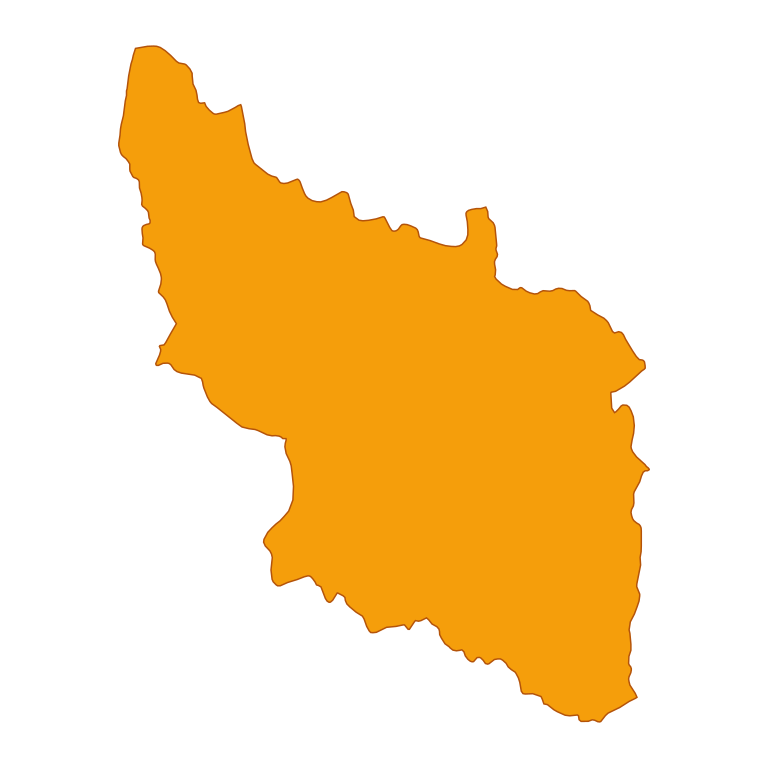 the district of Khanh Son, Khánh Hòa, Vietnam
{"feature_id": "81297802B29051358194838", "entity_name": "Khanh Son", "entity_type": "district", "adm_level": 2, "iso_a3": "VNM", "parent_name": "Vietnam", "parent_adm1": "Khánh Hòa", "projection": "natural_earth1", "projection_center": [108.898, 12.037], "detail": "fine", "context": "isolated", "style": "filled", "palette": "amber", "viewbox_px": 768, "rotation_deg": 0, "n_neighbors": 0, "source": "geoboundaries", "source_scale": "gbopen_adm2", "svg_char_len": 6107}
<svg xmlns="http://www.w3.org/2000/svg" viewBox="0 0 768 768"><path d="M637.0,697.3L635.2,693.3L629.9,685.1L629.0,681.6L628.6,679.0L629.0,676.8L630.8,672.7L631.3,670.1L631.3,668.6L630.6,666.7L629.2,665.0L628.6,663.4L628.9,656.4L630.9,650.3L630.9,644.3L629.9,633.4L629.1,629.9L630.3,621.9L634.4,614.0L637.2,606.5L639.0,601.1L639.7,596.0L639.7,594.1L636.7,586.7L636.8,584.0L640.6,565.0L640.1,557.5L641.1,551.7L641.3,545.9L641.3,531.1L641.1,528.0L640.4,526.1L639.2,524.5L636.5,522.9L633.8,520.6L632.6,518.7L631.6,515.6L631.0,512.4L631.5,509.6L633.4,505.9L633.9,502.9L633.6,494.1L634.2,491.8L639.7,481.8L641.5,475.9L643.2,472.2L645.1,470.8L647.6,470.7L649.2,469.7L649.2,469.2L648.2,467.9L646.4,466.5L645.0,464.6L636.5,456.9L632.6,451.7L631.3,448.5L631.0,446.6L632.1,440.0L633.6,433.3L634.3,425.6L633.3,416.8L631.1,410.9L629.1,407.1L626.8,405.3L622.9,405.0L621.2,405.9L618.5,409.2L615.8,411.9L614.5,412.6L611.7,408.1L610.8,393.0L611.2,392.2L615.6,391.3L624.5,386.1L629.6,382.1L641.7,371.0L644.4,369.1L645.2,368.1L645.1,365.6L644.5,362.0L643.5,360.6L642.2,360.0L639.3,359.6L636.3,356.5L632.7,351.1L627.5,342.5L625.6,339.3L623.4,334.7L621.5,332.5L618.7,331.7L614.5,333.0L612.5,331.5L608.3,322.8L606.8,320.9L603.9,318.2L597.5,314.8L590.7,310.4L589.9,305.7L588.9,303.2L587.7,301.3L581.1,296.5L575.8,291.3L574.7,290.6L569.5,290.7L566.4,290.3L562.0,288.5L558.6,288.3L555.8,289.0L552.8,290.6L549.8,291.2L543.1,290.7L540.3,291.9L537.7,293.6L534.5,294.0L529.8,292.8L526.3,291.2L521.8,287.8L520.7,287.6L519.7,287.9L517.7,289.5L512.4,289.4L505.3,286.3L501.5,284.1L496.1,279.1L494.6,276.5L495.2,274.9L495.6,269.8L494.6,264.3L494.5,261.6L495.4,259.2L497.1,256.6L497.5,254.3L496.0,250.0L496.0,248.3L496.7,245.9L496.6,244.0L495.0,227.4L494.5,225.4L493.2,222.8L488.8,218.7L488.1,217.1L487.7,211.5L485.8,207.1L480.8,208.6L476.5,208.6L471.8,209.4L468.5,210.4L466.8,211.7L466.0,213.2L466.1,215.4L467.3,221.6L467.9,229.8L467.8,234.9L466.2,239.9L462.0,244.5L459.4,245.9L455.7,246.6L451.2,246.4L445.5,245.7L439.2,243.9L430.2,240.6L420.4,237.9L419.6,237.2L419.0,235.9L418.2,231.9L417.3,229.7L415.7,228.1L410.8,225.9L407.1,224.6L404.0,224.3L402.1,224.6L400.7,225.9L398.4,229.2L396.5,230.6L395.0,231.1L393.3,231.1L391.9,230.6L389.7,227.4L385.0,218.1L384.1,216.9L382.8,216.8L376.1,218.9L368.6,220.3L362.9,220.8L359.0,220.2L354.2,216.6L353.3,210.1L350.8,203.5L348.2,194.1L346.8,192.7L344.1,191.8L341.9,191.7L331.7,197.5L326.4,200.2L320.7,201.9L316.6,201.7L312.1,200.6L308.0,198.2L305.9,196.0L304.5,193.5L302.3,188.1L300.1,181.9L299.1,180.3L297.7,179.2L296.6,179.4L287.6,183.0L283.9,183.5L281.0,183.0L279.7,182.1L276.9,177.9L276.0,177.2L271.8,176.1L267.7,174.1L255.4,164.3L253.9,162.8L252.0,158.6L248.2,144.5L245.6,131.7L244.7,123.6L241.4,106.5L240.7,104.7L238.2,105.6L235.3,107.4L228.0,111.3L224.2,112.4L216.1,114.2L214.3,114.0L212.9,113.2L209.4,110.2L206.1,106.4L204.6,102.8L200.6,103.3L198.6,102.5L197.5,99.3L197.0,95.1L196.0,90.3L193.0,84.0L192.2,76.0L192.1,73.2L189.9,69.0L186.3,65.0L184.8,64.1L178.9,63.0L176.5,61.4L170.8,55.6L165.2,50.7L160.3,47.5L156.7,46.3L153.5,46.1L147.6,46.3L135.5,48.4L133.3,55.3L132.4,59.5L131.0,64.0L128.7,75.8L127.1,88.8L126.5,90.9L126.5,95.5L125.3,100.9L123.4,115.8L121.3,124.3L120.5,128.9L120.0,135.3L118.8,143.1L118.8,145.7L120.5,152.5L121.6,154.7L123.4,156.6L126.0,158.6L128.4,161.7L129.8,164.1L129.8,169.2L130.0,171.1L132.8,176.5L133.9,177.5L136.5,178.4L138.5,179.9L139.3,181.7L139.5,188.0L141.1,193.1L141.9,197.5L142.1,200.3L141.7,204.5L142.5,206.1L145.3,208.3L147.6,210.7L148.4,212.3L149.1,218.0L150.1,220.3L150.1,222.4L149.8,223.2L148.9,223.9L146.5,224.4L143.9,225.5L142.8,226.4L142.1,227.9L142.0,229.3L142.3,233.6L143.0,237.9L142.6,243.8L142.8,244.7L143.9,245.7L149.6,248.2L152.7,250.1L154.3,251.5L154.9,252.7L155.3,254.3L155.2,259.6L155.5,261.6L156.5,264.3L158.3,268.1L160.5,273.5L161.3,277.2L161.4,279.2L160.8,284.1L158.5,291.2L158.7,292.6L163.2,296.9L165.3,299.8L166.8,303.4L169.5,311.4L172.4,317.3L176.4,323.7L170.7,333.5L165.7,342.6L164.0,344.9L159.9,345.6L159.4,346.4L160.7,349.4L160.6,351.3L159.5,355.1L155.8,363.5L156.0,364.8L156.7,365.4L158.4,365.4L163.0,363.3L167.4,363.1L169.2,363.5L170.9,364.8L174.1,369.5L177.0,371.6L181.4,373.1L194.6,375.1L201.4,378.4L202.3,381.1L202.4,380.6L203.1,385.1L203.9,388.1L207.4,396.9L209.9,401.4L211.6,403.5L217.0,407.4L237.0,423.4L242.0,427.0L249.0,428.7L255.1,429.5L258.2,430.6L267.1,434.8L272.0,435.8L275.5,435.6L279.0,436.1L280.9,436.9L282.9,438.6L286.0,438.6L286.2,439.9L285.3,443.2L284.9,446.8L286.2,453.6L289.9,461.4L291.2,465.8L292.2,474.1L293.5,486.4L292.9,500.0L288.7,511.1L284.1,516.5L280.0,520.9L275.9,524.1L271.9,527.9L267.8,532.3L264.0,539.3L263.6,542.2L265.3,546.0L269.9,550.9L271.5,554.0L272.3,557.6L271.0,570.0L272.1,579.3L273.2,581.8L276.1,584.8L277.6,585.8L280.2,585.8L287.6,582.5L297.3,579.5L304.2,576.8L308.1,575.8L309.8,576.1L310.9,576.8L312.7,578.7L315.1,582.0L316.4,584.7L317.1,585.2L318.1,585.3L321.0,586.9L325.4,598.5L327.2,601.2L329.1,602.3L330.5,602.1L332.7,600.2L337.2,593.0L337.7,593.0L343.0,595.7L344.9,597.4L345.4,600.6L346.9,604.0L349.9,607.0L356.0,612.1L362.4,616.1L364.1,619.0L366.7,626.4L369.2,630.9L370.7,632.5L372.9,632.7L376.4,632.3L386.6,627.3L396.1,626.4L403.2,624.9L404.5,624.9L408.1,629.3L409.4,629.3L414.2,622.1L415.4,620.6L418.6,621.2L421.0,620.6L426.5,617.9L428.7,619.8L432.0,624.0L436.9,626.7L439.0,629.2L439.5,631.4L439.7,634.7L441.4,638.1L445.0,643.8L449.2,646.8L450.2,648.0L452.9,650.1L456.4,650.8L459.9,650.3L461.8,649.8L463.9,651.7L465.3,655.9L467.9,659.3L470.3,661.2L472.1,661.8L473.6,661.6L477.1,657.6L479.3,657.4L480.6,657.8L483.2,660.3L485.4,663.5L487.6,664.1L489.0,663.7L494.4,659.5L497.9,658.9L500.4,658.9L502.6,660.1L506.1,663.3L508.2,666.9L511.3,669.6L515.0,672.0L515.9,673.2L518.4,677.9L519.8,682.4L521.3,691.2L523.0,693.6L525.2,694.0L532.8,693.7L541.0,696.5L542.2,699.0L543.9,703.9L547.4,704.6L553.8,709.7L557.3,711.7L565.1,715.2L569.7,715.8L577.5,715.0L578.5,715.9L579.1,719.7L581.1,721.4L588.3,721.3L592.2,719.8L594.6,720.2L597.8,721.7L599.7,721.9L600.8,721.5L605.4,715.6L608.1,713.1L620.0,707.3L629.2,701.4L635.5,698.3L637.0,697.3Z" fill="#f59e0b" stroke="#b45309" stroke-width="1.5"/></svg>